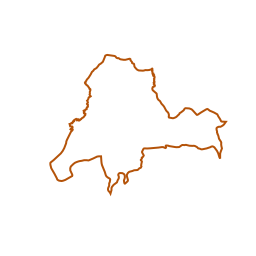 the district of Tao Ngoi, Sakon Nakhon, Thailand, rotated 239°
{"feature_id": "78962969B89728183001998", "entity_name": "Tao Ngoi", "entity_type": "district", "adm_level": 2, "iso_a3": "THA", "parent_name": "Thailand", "parent_adm1": "Sakon Nakhon", "projection": "robinson", "projection_center": [104.177, 16.947], "detail": "fine", "context": "isolated", "style": "outline", "palette": "amber", "viewbox_px": 256, "rotation_deg": 239, "n_neighbors": 0, "source": "geoboundaries", "source_scale": "gbopen_adm2", "svg_char_len": 5772}
<svg xmlns="http://www.w3.org/2000/svg" viewBox="0 0 256 256"><g transform="rotate(239 128 128)"><path d="M192.8,155.8L193.2,155.0L194.1,154.3L195.8,154.1L196.3,153.8L196.8,153.4L201.3,147.9L201.6,147.0L201.7,145.8L200.4,144.2L197.7,140.6L197.2,137.9L197.2,135.9L196.3,133.9L195.6,131.8L195.6,129.1L195.0,127.9L194.6,125.9L193.2,123.7L191.4,120.1L190.7,117.7L190.5,117.3L189.9,116.5L189.6,115.4L189.3,115.0L189.2,114.7L189.0,114.4L188.5,114.3L188.2,114.6L188.0,114.3L187.8,114.4L186.4,114.5L185.8,114.9L185.4,114.9L185.2,115.1L184.8,115.2L183.7,115.2L182.8,115.4L181.7,115.2L181.6,115.3L181.2,115.2L181.1,115.4L180.8,115.7L180.6,115.7L179.5,115.0L178.6,113.8L177.0,113.0L176.5,112.3L175.8,112.2L174.4,112.4L174.3,111.9L174.5,110.2L174.3,109.8L173.7,109.4L172.6,107.7L172.5,107.0L170.7,106.9L170.4,106.6L170.1,106.1L170.1,105.7L169.8,105.2L169.3,105.2L168.9,105.5L168.5,105.6L167.3,104.7L166.9,104.6L166.8,103.9L166.9,103.5L166.7,103.1L166.0,102.7L165.9,102.4L165.5,102.2L165.7,101.7L165.7,101.1L165.4,100.8L165.4,100.1L165.5,99.9L165.0,99.5L165.6,99.0L165.6,98.9L164.8,98.9L164.6,99.0L164.5,98.8L164.7,98.5L164.4,98.3L163.9,98.1L163.3,98.2L163.1,97.9L162.7,98.1L162.9,98.4L162.8,98.5L162.6,98.6L162.4,98.4L162.1,98.7L161.9,98.5L161.5,98.4L161.0,97.9L160.9,97.3L160.2,95.6L160.1,94.8L160.2,94.1L160.0,93.0L159.7,92.4L159.9,91.9L159.7,91.4L159.8,91.2L159.6,90.9L159.7,90.5L159.5,90.2L159.6,89.9L159.8,89.8L159.8,89.6L160.0,89.4L160.2,89.7L160.4,89.4L160.6,89.4L160.9,89.6L161.0,88.7L161.6,88.6L161.4,88.2L161.6,88.2L161.9,88.4L162.0,87.9L162.5,87.9L162.5,86.7L162.6,86.3L162.4,85.7L161.8,85.4L162.0,85.0L161.9,84.9L161.6,84.8L161.5,84.6L161.8,84.4L161.6,84.2L161.7,83.9L160.8,82.8L161.0,82.6L161.4,82.5L161.4,82.3L161.0,82.2L161.0,81.9L161.3,81.5L161.3,80.4L161.5,80.0L160.7,79.7L160.4,79.7L159.2,79.3L158.0,80.9L157.7,81.0L157.3,80.9L156.8,80.6L156.7,80.2L156.6,79.3L156.7,78.4L156.5,78.0L155.6,78.4L155.6,78.9L155.4,79.4L155.1,79.7L154.9,79.5L154.7,79.3L154.1,77.1L153.6,76.3L149.1,69.3L148.2,68.2L146.8,67.1L143.6,63.0L142.0,60.3L140.8,57.3L138.8,47.7L138.3,44.0L138.0,43.4L136.4,42.5L133.0,41.5L126.7,41.4L121.6,41.1L120.7,40.9L120.0,40.9L118.8,41.5L118.3,41.9L116.8,43.7L116.3,45.0L115.8,47.5L115.6,55.4L116.1,55.9L116.8,56.2L121.4,56.7L123.3,57.8L124.4,59.1L124.7,60.2L125.3,62.8L125.5,64.7L125.3,66.3L124.9,68.2L124.5,69.6L123.7,71.5L123.0,73.8L121.8,75.8L120.5,77.5L119.8,82.4L119.4,86.8L118.7,88.5L117.6,90.3L112.7,87.8L111.1,87.1L109.5,86.6L102.3,85.5L99.2,84.7L97.6,84.6L95.5,85.4L94.6,86.0L93.8,86.3L93.0,86.2L91.0,84.5L90.3,83.4L88.2,82.1L86.7,80.0L85.6,79.2L85.1,79.0L83.9,78.9L82.2,79.3L80.8,79.2L83.2,81.8L85.1,83.0L85.7,83.8L86.7,86.4L87.1,90.5L88.5,92.2L89.5,94.0L90.5,94.8L91.4,95.2L92.4,95.3L93.0,95.6L93.4,96.1L93.7,97.0L93.7,97.4L93.5,98.0L92.2,99.9L90.9,100.7L89.8,100.9L89.0,100.7L87.3,99.9L86.0,98.6L85.5,97.9L85.0,97.4L83.0,96.6L82.3,96.5L81.9,96.7L81.9,97.1L82.4,99.5L82.6,100.3L83.0,100.8L83.5,101.2L86.9,102.1L87.8,102.5L88.6,103.1L89.5,104.7L89.8,106.3L89.7,106.9L88.9,109.6L88.6,111.5L87.2,114.3L87.1,114.9L87.6,117.0L87.4,118.3L87.4,118.6L88.1,119.7L88.8,119.8L89.4,120.2L90.8,121.4L92.0,122.6L92.7,122.7L93.7,122.4L94.1,122.6L94.6,124.1L94.9,124.4L95.5,124.6L95.6,126.1L96.3,127.3L96.9,127.4L99.8,127.5L100.4,127.8L102.0,130.2L102.2,130.9L102.2,131.2L101.8,132.0L100.6,133.8L99.0,136.9L95.6,143.9L94.2,147.2L93.5,148.3L91.6,149.7L91.6,150.5L93.3,151.2L93.4,151.3L93.3,151.7L92.4,153.1L91.2,154.1L87.3,158.7L86.5,159.8L85.5,161.7L85.3,162.3L85.5,164.3L85.5,165.7L85.3,166.1L84.3,167.5L83.7,169.0L81.2,171.5L79.7,173.7L78.8,175.3L78.3,175.9L77.8,176.3L76.1,177.3L74.4,177.7L73.4,178.8L72.4,179.5L71.8,180.1L71.4,180.9L70.0,184.9L69.1,189.0L69.2,189.4L69.1,190.0L68.7,191.0L68.1,191.5L66.9,192.1L62.6,192.5L59.9,192.3L56.0,191.3L54.3,191.2L58.6,193.8L59.9,195.2L62.1,198.0L64.6,198.8L66.1,199.5L67.4,200.4L68.4,200.6L71.4,200.5L72.0,200.5L74.4,201.3L75.8,201.6L76.8,201.6L77.2,201.9L78.2,201.9L79.2,202.6L80.9,203.0L81.5,203.4L82.0,203.6L82.3,203.9L82.5,204.5L82.5,205.6L82.2,206.8L81.6,207.5L81.4,208.1L81.3,210.3L81.6,212.1L82.9,215.1L85.1,211.8L85.6,211.4L86.1,211.3L88.2,211.5L91.5,211.4L93.7,211.6L97.0,209.7L99.4,208.0L100.7,207.0L102.9,206.2L103.5,205.7L103.7,204.6L103.7,198.5L103.5,194.8L103.7,193.9L104.1,193.7L109.6,192.6L110.8,192.3L111.7,191.8L113.2,190.6L115.3,187.6L115.4,186.8L115.4,186.5L114.5,184.8L114.1,181.6L114.1,179.9L113.4,178.9L113.2,177.6L112.7,175.6L112.6,174.3L113.0,172.1L113.4,171.3L115.8,168.6L116.5,168.6L117.8,169.6L118.4,169.9L119.5,170.2L120.7,170.3L122.5,169.8L123.7,169.7L127.3,169.9L128.8,169.8L131.7,169.2L134.3,169.3L134.9,169.2L136.4,168.6L137.7,168.5L138.6,168.6L139.7,168.9L142.6,170.2L143.0,170.2L147.2,168.8L148.0,168.7L149.1,169.0L150.2,170.1L150.3,170.4L150.2,170.7L150.3,170.9L150.2,171.2L150.3,171.5L150.0,172.2L150.2,172.5L150.5,172.5L150.6,172.9L151.2,173.0L151.4,172.8L151.7,172.9L152.4,172.7L152.9,173.2L153.0,173.7L153.5,173.5L153.6,173.9L154.2,174.2L154.2,174.5L154.8,174.5L155.1,174.9L155.7,175.0L155.9,175.4L156.2,175.4L156.7,175.9L157.1,175.9L157.3,176.5L158.0,177.1L158.6,177.0L159.0,177.2L159.2,176.8L159.9,176.5L160.0,176.6L159.9,177.0L160.4,177.1L160.5,177.5L160.7,177.4L160.8,176.9L161.0,176.9L161.0,177.3L160.8,177.5L161.3,177.7L161.4,177.4L161.9,177.6L162.5,177.2L163.4,177.8L163.8,177.8L164.0,178.0L164.4,178.0L164.5,178.4L165.3,178.3L165.5,179.0L166.3,179.4L166.5,179.3L166.5,179.1L166.3,178.6L166.3,178.2L166.8,176.0L167.7,174.2L168.7,172.7L169.1,171.1L169.6,170.1L171.7,167.0L172.1,166.6L173.7,165.7L176.5,165.2L177.4,165.2L179.6,166.1L180.0,166.1L180.4,165.9L180.8,165.4L181.6,165.0L182.7,165.4L184.6,165.0L185.7,165.5L186.3,165.3L186.6,164.9L187.8,160.9L188.7,159.4L190.7,157.0L191.5,156.4L192.2,156.2L192.8,155.8Z" fill="none" stroke="#b45309" stroke-width="2"/></g></svg>